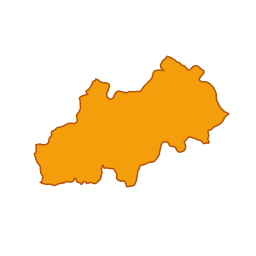 Campos Altos, Minas Gerais, Brazil, rotated 72°
{"feature_id": "56859067B3619402154228", "entity_name": "Campos Altos", "entity_type": "district", "adm_level": 2, "iso_a3": "BRA", "parent_name": "Brazil", "parent_adm1": "Minas Gerais", "projection": "robinson", "projection_center": [-46.195, -19.611], "detail": "fine", "context": "isolated", "style": "filled", "palette": "amber", "viewbox_px": 256, "rotation_deg": 72, "n_neighbors": 0, "source": "geoboundaries", "source_scale": "gbopen_adm2", "svg_char_len": 4259}
<svg xmlns="http://www.w3.org/2000/svg" viewBox="0 0 256 256"><g transform="rotate(72 128 128)"><path d="M158.3,93.4L159.4,91.2L160.1,89.7L161.3,88.9L163.4,88.5L165.5,88.1L166.6,87.1L167.1,85.5L167.0,82.0L165.8,80.2L164.3,79.3L163.0,78.8L161.7,78.6L160.1,79.1L158.5,78.5L157.6,76.9L156.5,75.1L155.4,73.2L156.1,70.8L157.7,69.0L158.8,67.4L160.1,66.3L161.0,65.1L161.6,63.5L162.7,62.4L164.3,61.7L165.9,61.1L166.5,59.8L166.5,58.0L167.3,56.3L166.2,55.1L164.7,55.7L163.4,55.6L162.1,54.8L160.1,53.5L158.2,53.4L156.7,53.2L155.2,52.5L155.4,50.1L154.7,48.1L153.8,46.5L153.5,44.5L153.3,42.5L153.0,40.7L152.4,38.9L151.5,36.9L150.1,34.9L148.4,33.4L147.5,32.3L146.6,30.3L145.6,27.9L143.8,29.5L142.8,30.9L141.5,31.7L140.2,32.2L139.0,32.9L137.1,33.8L135.0,34.3L133.3,34.7L131.7,34.7L130.0,35.1L128.4,35.0L126.6,34.7L124.7,34.1L123.0,33.6L120.4,33.6L118.9,33.8L117.4,34.0L115.2,34.5L113.4,35.4L111.9,36.2L110.6,36.9L109.5,37.9L108.4,39.4L107.7,41.2L107.0,43.1L105.6,44.9L104.2,45.4L103.0,44.6L101.9,43.5L100.8,41.7L99.8,39.9L98.7,38.5L96.8,38.3L95.7,39.5L94.6,40.2L93.1,41.1L91.8,41.8L90.3,42.8L89.5,44.8L89.6,47.0L90.6,48.8L91.6,50.9L91.4,52.7L89.9,53.7L88.2,54.3L86.7,55.0L85.6,56.4L84.3,57.8L83.1,58.2L81.5,59.2L80.5,60.5L79.6,61.6L78.3,62.1L76.7,63.5L75.2,64.7L74.0,66.0L73.0,67.1L72.0,68.6L73.1,70.4L73.9,71.7L74.3,73.3L75.0,74.5L76.2,75.5L77.6,77.3L79.5,78.0L80.8,78.1L82.0,77.5L84.3,76.5L83.5,78.5L82.7,80.0L82.2,82.1L81.9,83.8L82.0,85.5L83.4,86.9L85.1,88.3L86.8,88.8L88.4,90.7L89.5,92.4L90.2,94.0L91.0,95.6L92.1,97.5L93.1,99.5L94.2,101.2L95.2,102.4L96.2,103.6L96.9,105.0L96.5,106.7L95.9,108.5L95.7,109.9L95.3,111.3L94.5,113.3L93.9,115.2L93.9,116.9L94.1,118.5L93.1,120.1L92.3,121.6L91.5,123.0L90.6,124.3L89.9,125.9L90.2,128.4L92.0,130.3L93.3,131.5L94.7,132.6L95.3,135.1L95.1,136.5L93.6,137.3L92.2,138.0L90.5,138.2L88.5,137.6L86.9,135.8L85.0,134.7L83.4,133.3L82.0,132.4L80.4,132.5L79.1,133.6L78.3,135.1L77.6,136.7L76.9,138.2L75.8,139.8L74.4,140.8L72.7,141.9L71.5,143.5L72.9,144.6L72.7,146.6L74.1,147.8L75.2,148.9L77.0,150.4L78.1,152.2L79.0,153.1L79.4,154.9L80.3,156.7L81.9,156.4L83.4,156.0L83.5,157.8L83.2,160.3L83.5,162.1L83.7,163.8L84.8,165.1L86.9,165.1L89.2,165.6L91.4,166.3L93.2,166.7L94.8,167.3L96.2,168.4L97.7,169.8L98.6,171.5L100.0,173.1L101.7,173.4L103.0,173.4L104.3,173.8L105.6,174.0L106.7,175.4L107.4,177.1L106.6,178.8L105.9,180.5L105.4,182.2L105.4,183.9L105.6,185.9L106.0,188.4L106.4,191.4L105.8,193.9L106.0,195.7L107.0,197.8L107.6,199.5L107.6,201.3L108.9,202.4L110.8,202.7L112.2,203.8L112.9,205.5L114.2,206.5L115.8,207.3L117.4,208.2L118.1,209.8L118.4,212.1L117.8,213.9L116.9,215.3L116.3,216.5L115.7,218.2L115.6,220.8L117.4,221.1L119.3,221.6L121.2,222.5L123.1,223.2L123.3,224.9L124.6,225.0L126.2,225.1L127.6,225.2L130.2,225.2L133.1,224.9L134.9,224.1L136.3,223.6L138.0,223.3L139.2,223.7L140.4,224.3L142.1,224.3L144.0,224.8L145.7,224.4L147.4,224.1L149.2,224.7L150.6,225.5L152.3,226.5L152.6,228.1L153.9,227.1L154.9,225.2L156.2,223.5L156.8,221.9L156.9,220.4L157.7,219.0L158.7,217.5L159.9,215.8L159.9,213.8L159.6,210.8L160.0,208.1L160.4,205.8L160.0,203.8L159.9,202.3L161.1,200.9L161.8,198.9L161.8,196.9L160.8,195.7L159.5,194.4L160.6,193.3L163.0,193.5L164.3,192.3L165.2,190.7L167.2,189.9L166.5,188.2L165.1,186.7L166.0,185.0L167.9,184.4L168.2,182.5L168.3,180.0L169.9,178.3L170.7,176.7L170.4,174.7L169.4,172.6L168.7,170.9L167.3,169.7L166.1,168.6L164.9,168.0L163.8,167.4L162.5,166.4L161.1,166.5L159.5,166.3L158.1,165.3L156.7,164.9L155.9,163.2L157.4,163.4L158.9,163.0L159.2,161.3L160.0,159.2L161.2,157.8L161.4,155.7L162.7,154.0L164.8,153.7L166.3,153.3L167.6,152.9L169.2,153.0L170.5,153.6L171.8,154.3L173.6,154.0L175.4,152.7L176.5,151.0L176.6,149.4L177.3,148.2L178.6,147.6L180.2,147.3L181.9,147.3L183.5,147.3L183.8,145.4L184.1,143.7L184.5,141.9L184.4,140.1L183.5,138.8L182.3,137.7L180.7,136.5L178.8,135.3L177.4,134.6L176.0,133.9L174.7,133.2L173.5,132.6L172.0,131.9L171.1,130.9L170.2,129.8L168.4,128.8L167.2,127.7L167.5,126.1L167.9,124.6L167.8,123.1L167.4,121.3L167.2,119.5L167.4,117.9L167.9,115.8L167.9,113.9L167.2,112.2L166.4,110.7L165.2,109.0L163.8,107.3L162.4,106.3L160.9,105.5L159.1,104.6L157.5,103.4L156.0,102.7L154.3,101.5L152.7,100.1L152.4,98.2L152.8,96.4L153.7,94.6L155.6,94.2L157.1,94.1L158.3,93.4Z" fill="#f59e0b" stroke="#b45309" stroke-width="1.5"/></g></svg>